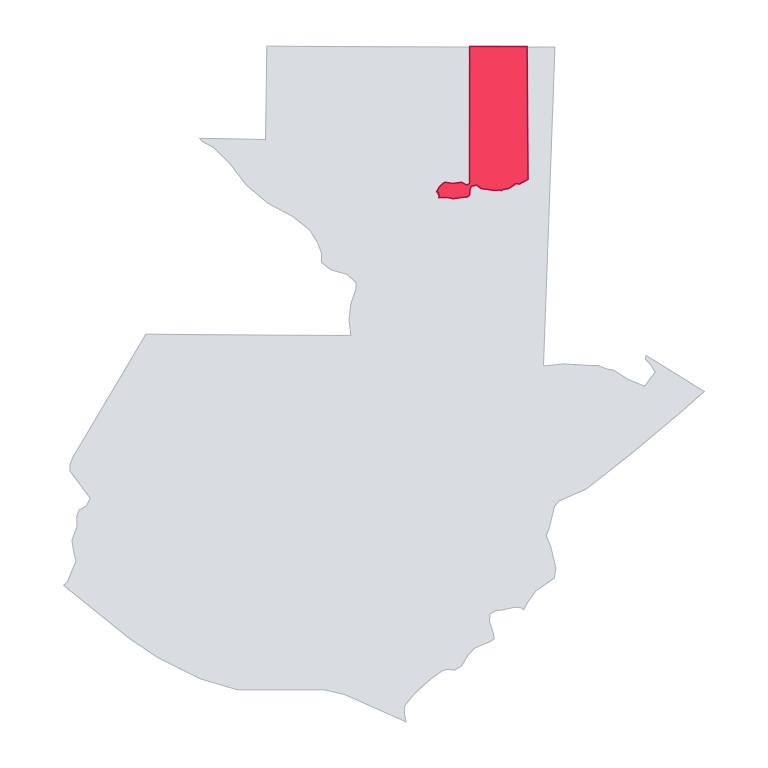 location of Flores, Petén, Guatemala
{"feature_id": "79465075B29101343458737", "entity_name": "Flores", "entity_type": "district", "adm_level": 2, "iso_a3": "GTM", "parent_name": "Guatemala", "parent_adm1": "Petén", "projection": "orthographic", "projection_center": [-89.621, 17.359], "detail": "fine", "context": "in_parent", "style": "filled", "palette": "rose", "viewbox_px": 768, "rotation_deg": 0, "n_neighbors": 0, "source": "geoboundaries", "source_scale": "gbopen_adm2", "svg_char_len": 4177}
<svg xmlns="http://www.w3.org/2000/svg" viewBox="0 0 768 768"><path d="M63.6,585.4L67.8,581.3L71.5,571.5L75.9,561.5L73.4,549.9L71.9,540.4L77.0,526.7L76.7,516.4L79.0,510.1L86.3,506.1L90.2,498.3L69.9,471.0L70.0,464.8L72.8,457.3L89.9,428.6L110.1,394.5L132.5,356.8L145.9,334.1L194.0,334.6L225.9,334.8L266.3,335.1L310.3,335.3L339.1,335.5L351.0,335.3L349.0,320.4L350.7,304.0L356.0,289.2L356.0,282.6L347.4,274.5L330.8,269.8L321.6,262.6L321.6,253.6L317.6,242.7L309.6,229.9L293.0,216.7L267.8,203.2L246.4,185.1L228.8,162.4L213.9,147.8L202.4,141.6L199.7,138.3L233.5,138.9L265.5,139.5L266.0,107.2L266.4,78.5L266.8,46.1L324.7,46.5L393.8,46.8L465.5,47.0L521.8,47.1L554.9,47.0L553.5,87.2L551.8,133.7L550.6,167.9L549.0,213.6L547.3,260.3L545.0,323.9L543.5,365.0L544.3,366.0L563.3,363.9L591.4,365.6L598.2,365.5L606.8,369.0L613.5,370.1L627.8,379.3L644.6,386.2L655.2,372.0L649.6,363.5L645.3,359.2L646.0,355.4L704.4,391.6L697.6,397.3L682.8,410.5L656.0,433.0L632.0,453.1L608.8,471.3L587.9,487.7L585.5,489.3L558.9,501.0L554.5,506.4L548.8,529.5L546.2,535.2L551.1,548.0L555.9,567.7L554.4,578.0L536.0,590.8L527.6,602.3L523.9,609.7L520.6,607.7L514.9,607.2L501.7,610.1L495.4,610.7L490.0,614.0L489.5,621.1L493.0,632.6L494.3,638.6L490.6,641.3L474.4,648.3L468.0,655.1L461.8,665.7L454.7,670.2L447.3,669.3L442.0,670.9L430.8,678.9L413.8,694.3L404.7,705.7L404.5,714.2L406.2,721.9L344.5,694.5L324.0,689.8L237.4,689.8L200.3,678.8L158.1,657.8L129.7,638.7L63.6,585.4Z" fill="#d9dde1" stroke="#a8b0b8" stroke-width="1"/><path d="M528.1,179.3L528.1,179.2L528.0,174.8L528.0,174.3L528.0,170.7L527.9,170.4L528.0,166.7L527.9,161.9L527.9,153.3L527.8,150.8L527.8,142.0L527.7,141.7L527.7,139.8L527.7,137.5L527.7,130.3L527.6,129.8L527.7,129.6L527.6,127.9L527.6,118.8L527.6,118.7L527.5,113.0L527.5,103.9L527.6,103.6L527.5,103.4L527.5,101.6L527.5,101.4L527.4,90.9L527.3,68.7L527.3,63.2L527.1,55.5L527.2,51.8L527.1,49.3L527.1,46.5L469.7,46.4L469.6,49.6L469.6,59.2L469.7,60.1L469.6,68.7L469.6,90.9L469.6,113.1L469.5,135.3L469.5,157.6L469.5,179.8L469.6,181.7L469.6,182.6L469.5,182.9L469.2,183.5L468.8,183.9L468.3,184.3L467.8,184.6L467.2,184.7L466.7,184.7L465.9,184.6L464.3,183.8L463.7,183.3L463.2,183.2L462.0,182.4L460.6,182.3L459.0,182.6L458.8,182.7L458.2,182.7L456.4,182.9L456.2,183.0L455.9,183.1L455.3,183.1L455.0,183.2L453.9,183.2L453.8,183.3L452.3,183.4L451.1,183.3L449.0,182.8L447.7,182.7L446.5,182.4L445.5,182.3L444.8,182.4L444.3,182.6L443.7,182.9L442.8,183.6L442.7,183.7L441.4,184.9L441.0,185.3L439.6,186.8L439.4,187.0L439.1,187.2L439.1,187.4L438.8,187.9L438.7,188.1L438.5,188.4L438.4,188.6L438.1,189.1L437.7,189.9L437.1,190.8L436.6,191.8L436.9,191.9L437.3,192.1L438.5,192.5L438.1,193.3L438.0,193.9L438.3,194.3L438.6,194.6L439.2,194.9L439.2,195.4L439.0,196.4L438.8,197.6L442.3,197.5L445.3,197.6L445.6,197.6L446.4,197.5L447.8,197.6L448.4,197.8L448.8,197.7L450.3,197.9L450.7,198.0L452.1,198.6L453.0,198.7L454.7,198.6L455.3,198.3L457.2,198.2L457.4,198.0L458.7,197.8L459.7,197.8L460.5,197.6L461.2,197.4L462.3,197.5L462.7,197.6L463.4,197.4L463.6,197.3L464.1,197.2L465.5,197.2L466.1,197.1L467.0,197.1L467.5,196.8L468.9,195.8L469.5,195.1L469.6,194.9L470.0,190.3L470.5,188.0L470.7,187.5L470.8,187.4L470.9,187.1L471.6,186.5L471.9,186.1L472.0,186.0L472.0,185.9L472.4,185.6L473.4,185.9L474.5,185.7L475.7,185.2L475.9,185.1L476.4,185.0L476.9,185.1L478.2,186.4L478.5,186.6L478.9,186.8L479.3,187.1L479.5,187.1L480.4,188.2L481.0,188.4L481.0,188.5L481.4,188.7L481.9,188.7L484.1,189.1L484.4,189.1L485.4,189.2L485.9,189.2L486.6,189.2L489.0,189.7L490.8,189.9L493.5,190.4L494.2,190.3L495.1,190.4L496.6,190.3L497.8,190.3L498.2,190.2L498.3,190.1L499.3,190.0L500.0,190.1L500.4,190.3L501.2,190.6L501.5,190.6L501.9,190.4L502.2,190.2L503.1,189.4L504.3,189.4L505.6,189.0L506.4,188.9L507.6,188.9L508.5,188.6L509.6,187.8L510.0,187.5L510.4,187.3L510.9,187.0L511.0,187.0L512.1,186.3L512.3,186.2L512.6,185.9L513.1,185.6L514.3,184.8L514.5,184.6L515.7,183.8L516.5,183.6L517.5,183.7L518.2,184.0L518.9,184.1L519.8,184.0L519.9,183.8L520.2,183.7L520.6,183.4L521.3,182.8L522.7,182.3L523.0,182.1L523.3,181.8L523.7,181.8L523.8,181.6L524.8,181.1L525.7,180.6L526.3,180.2L527.0,179.8L527.6,179.6L528.1,179.3Z" fill="#f43f5e" stroke="#9f1239" stroke-width="1.5"/></svg>